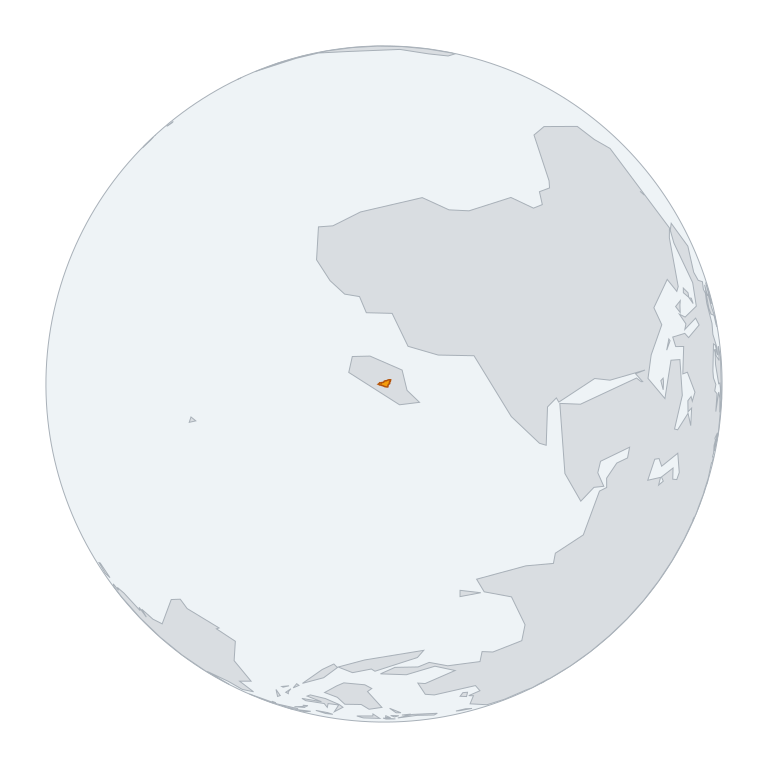 Analamanga highlighted on a globe, orthographic projection, rotated 104°
{"feature_id": "MDG-5862", "entity_name": "Analamanga", "entity_type": "Autonomous Province", "adm_level": 1, "iso_a3": "MDG", "parent_name": "Madagascar", "parent_adm1": "", "projection": "orthographic", "projection_center": [47.602, -18.658], "detail": "fine", "context": "on_globe", "style": "filled", "palette": "amber", "viewbox_px": 768, "rotation_deg": 104, "n_neighbors": 0, "source": "natural_earth", "source_scale": "10m", "svg_char_len": 7217}
<svg xmlns="http://www.w3.org/2000/svg" viewBox="0 0 768 768"><g transform="rotate(104 384 384)"><circle cx="384" cy="384" r="338" fill="#eef3f6" stroke="#a8b0b8"/><path d="M46.4,398.1L46.8,395.5L50.2,401.1L52.9,420.6L55.5,449.5L70.6,501.1L78.7,527.7L89.4,548.3L110.7,582.5L112.1,584.6L97.9,563.9L85.4,542.2L74.5,519.6L65.3,496.3L57.8,472.3L52.2,447.9L48.4,423.1L46.4,398.1ZM121.5,596.8L122.3,597.7L124.2,600.1L121.5,596.8ZM197.7,665.9L198.1,666.2L198.4,666.4L197.7,665.9ZM200.2,667.5L203.8,669.4L212.1,674.7L211.7,674.7L200.2,667.5ZM186.4,657.3L180.2,652.0L181.4,652.5L185.9,656.4L186.4,657.3ZM351.7,47.6L369.2,47.1L362.0,48.1L350.6,48.6L356.6,49.8L358.3,48.8L363.7,48.9L371.1,47.5L375.3,47.6L375.1,46.6L381.0,46.6L381.1,47.2L397.0,46.6L410.7,47.5L412.3,47.4L410.1,47.1L429.0,49.3L429.3,49.2L423.3,48.4L421.4,48.2L434.9,49.9L438.6,50.6L438.5,51.0L441.3,51.5L443.0,51.3L437.7,50.4L461.8,55.2L485.5,61.7L508.7,69.9L531.2,79.8L552.9,91.3L573.7,104.4L593.6,118.9L612.3,134.8L629.8,152.1L630.7,153.6L638.1,161.8L642.8,166.7L646.9,172.7L660.8,190.9L670.3,206.5L673.5,223.1L664.8,221.8L665.9,226.4L658.4,216.7L654.5,222.3L673.5,259.9L675.1,268.9L666.0,278.8L664.7,271.6L644.8,245.7L645.5,266.3L660.7,292.0L666.1,317.3L656.3,304.8L650.3,282.5L643.2,272.8L642.0,254.0L630.1,223.7L619.9,224.1L617.7,213.5L599.7,188.2L583.5,188.9L559.7,208.8L561.4,236.5L551.0,246.9L526.1,202.3L517.1,176.2L506.7,176.8L482.2,154.1L435.8,149.0L430.5,142.9L421.5,145.2L404.4,139.0L396.8,129.8L385.9,130.4L406.6,155.2L418.4,155.1L430.1,146.0L433.5,155.3L450.1,164.7L427.1,186.8L360.3,208.7L356.1,188.5L317.1,140.4L319.5,135.1L319.4,134.5L319.1,133.6L313.2,142.4L307.3,134.1L325.6,165.6L327.7,180.9L359.3,210.0L355.8,213.4L366.7,219.8L404.2,211.8L403.9,218.8L384.8,252.6L334.8,303.5L342.8,338.4L341.6,369.8L313.5,393.2L319.1,418.4L305.1,428.9L306.3,443.9L296.8,461.3L279.8,479.5L247.4,485.6L242.9,471.9L222.8,448.5L193.9,392.0L199.3,363.1L195.4,343.4L172.3,306.0L177.2,281.5L171.6,273.8L159.8,279.7L153.7,270.8L146.9,273.0L106.1,298.7L95.5,291.0L87.3,258.8L95.9,239.0L100.8,221.6L163.5,144.8L173.1,142.5L218.3,122.1L223.3,122.3L214.0,134.5L244.7,140.6L259.3,128.8L291.1,131.8L314.7,129.2L330.2,107.9L291.5,111.3L288.7,102.8L322.9,91.8L357.4,91.2L357.4,88.0L338.9,81.9L350.2,76.3L332.9,79.7L337.4,82.3L326.7,85.1L321.9,83.0L326.1,80.7L316.7,80.3L299.2,92.5L301.9,96.5L275.1,102.3L277.1,110.0L268.6,115.2L262.1,104.4L265.3,99.7L250.5,92.5L244.7,97.6L258.3,105.3L252.6,105.6L244.8,114.3L246.2,108.0L232.9,99.8L211.0,109.0L177.1,136.8L165.6,143.4L158.6,144.2L176.8,122.5L200.7,110.5L207.4,104.2L207.7,99.8L214.9,97.0L218.0,94.2L227.5,90.4L245.9,80.4L256.3,76.9L268.4,69.6L275.4,67.2L266.2,71.9L265.4,74.0L291.9,68.0L298.4,65.8L304.2,61.9L310.7,61.4L312.9,58.5L330.5,55.4L310.8,57.3L317.0,54.5L330.3,51.4L328.8,51.3L307.2,56.4L301.8,58.4L302.8,59.3L284.9,67.0L274.8,70.0L280.1,64.5L266.3,68.8L276.5,64.0L316.9,52.8L351.7,47.6ZM636.6,159.5L636.1,159.0L633.4,155.9L636.6,159.5ZM137.8,177.0L135.1,182.2L137.8,177.0ZM391.5,103.1L413.6,104.8L407.7,93.1L415.7,93.1L410.7,89.5L407.1,92.3L395.6,83.2L406.5,80.8L405.9,76.8L398.4,76.1L380.1,82.2L396.6,94.7L389.8,99.1L391.5,103.1ZM225.4,86.0L227.0,85.7L220.8,89.4L207.7,96.5L216.4,90.9L225.4,86.0ZM230.6,84.6L239.5,78.7L248.1,74.9L241.8,77.9L246.5,75.9L237.6,80.4L237.0,83.7L231.6,87.3L210.2,96.9L220.2,91.3L218.1,91.6L230.6,84.6ZM231.4,116.7L235.7,116.0L243.0,113.9L238.3,119.8L231.4,116.7ZM221.9,111.1L226.1,109.3L223.0,115.6L218.5,116.8L221.9,111.1ZM231.2,103.5L226.6,108.8L226.4,106.6L231.2,103.5ZM270.4,70.5L275.3,69.0L274.8,69.7L270.9,71.7L270.4,70.5ZM322.1,111.7L313.8,116.2L310.8,114.6L314.3,113.3L322.1,111.7ZM272.8,116.9L282.8,117.9L271.4,118.5L272.8,116.9ZM465.3,557.7L468.3,563.7L462.7,563.3L465.3,557.7ZM400.4,363.9L381.3,421.0L365.0,421.4L360.3,404.3L366.1,369.8L384.6,360.1L393.2,345.1L400.4,363.9ZM699.8,403.1L702.6,408.6L702.2,410.0L699.8,403.1ZM697.0,393.6L700.8,398.6L695.9,396.2L697.0,393.6ZM702.2,400.6L705.9,402.4L707.6,401.9L706.9,404.8L702.2,400.6ZM694.2,390.7L675.9,374.8L667.8,364.9L670.4,360.6L683.6,371.5L694.2,390.7ZM669.7,360.0L656.4,335.9L632.8,281.0L641.3,285.4L664.9,323.3L663.6,327.3L671.7,344.7L669.7,360.0ZM699.3,353.5L697.7,367.0L688.4,356.9L683.7,350.7L680.5,329.8L682.4,322.2L686.4,325.6L698.3,307.8L703.2,319.8L700.5,328.5L704.2,344.5L699.3,353.5ZM563.1,239.6L571.9,258.8L565.8,260.3L563.1,239.6ZM700.1,292.7L697.3,300.1L698.9,288.0L700.1,292.7ZM699.3,279.9L700.9,286.6L697.8,278.2L699.3,279.9ZM668.6,234.6L664.4,232.8L662.9,228.4L667.3,228.3L668.6,234.6ZM677.5,220.1L682.8,231.8L683.9,235.1L679.4,226.3L677.5,220.1ZM402.0,46.6L403.2,46.6L399.2,46.4L402.0,46.6ZM626.3,616.1L638.2,603.0L635.1,608.7L626.3,617.3L626.3,616.1ZM654.1,587.1L646.1,597.0L643.4,598.4L648.4,591.7L645.9,593.5L649.8,585.7L662.9,565.8L659.9,567.6L667.7,558.2L661.1,564.6L668.1,551.3L670.4,541.2L644.6,538.3L642.1,529.6L649.5,520.7L660.6,485.0L662.1,487.4L669.6,466.0L688.7,462.5L704.5,441.1L707.3,452.2L714.2,436.1L714.6,447.7L710.2,463.0L705.6,486.1L712.9,461.5L705.4,488.4L695.7,514.6L683.8,539.9L669.9,564.1L654.1,587.1ZM706.5,414.9L711.4,409.3L712.9,411.7L706.5,414.9ZM717.3,439.6L718.3,430.9L719.1,426.8L720.4,414.7L720.0,398.3L719.9,389.2L720.9,389.0L719.3,375.9L721.2,381.5L721.1,398.8L721.8,393.2L721.7,395.9L717.3,439.6ZM719.4,411.7L719.5,413.3L718.9,416.1L719.4,411.7ZM715.7,381.6L715.3,385.1L714.5,380.0L715.7,381.6ZM716.9,382.1L718.8,392.8L716.5,384.8L716.9,382.1ZM706.4,350.3L707.6,360.9L711.5,360.8L708.5,364.7L710.2,383.3L708.9,387.6L707.4,367.8L705.4,383.1L703.5,380.3L703.4,364.8L705.8,350.1L707.6,345.6L714.0,352.9L706.4,350.3ZM717.2,371.2L716.5,359.2L716.9,353.7L717.8,360.9L717.2,371.2ZM712.7,330.1L708.8,314.5L706.8,314.9L709.5,307.2L713.0,323.3L712.7,330.1ZM707.1,301.8L705.4,302.0L706.3,296.8L707.1,301.8ZM704.1,297.4L702.3,289.4L704.5,293.2L704.1,297.4ZM708.4,304.1L706.2,291.9L708.6,300.9L708.4,304.1ZM697.4,271.5L704.7,289.8L697.8,276.7L690.6,252.6L693.1,255.4L697.4,271.5Z" fill="#d9dde1" stroke="#a8b0b8" stroke-width="1"/><path d="M380.0,378.5L380.1,378.8L380.1,379.0L380.5,379.1L380.8,379.1L380.9,379.3L380.9,379.2L381.0,379.2L381.2,378.9L381.3,378.9L381.5,378.9L381.7,378.7L381.8,378.7L382.0,378.6L382.3,378.7L382.5,378.7L382.6,378.8L382.7,379.0L382.8,379.2L383.0,379.3L383.1,379.5L383.4,379.6L383.6,379.6L383.8,379.6L384.0,379.8L384.4,379.8L385.2,379.7L385.4,379.6L385.7,379.5L385.8,379.7L385.8,379.8L386.0,379.9L386.1,380.0L386.1,380.3L386.2,380.5L386.2,380.8L386.2,381.0L386.2,381.5L386.3,381.7L386.3,381.8L386.3,382.0L386.4,382.3L386.2,382.5L386.2,382.8L386.2,383.3L386.2,383.5L386.0,384.1L385.9,384.5L385.9,384.9L385.9,385.1L386.0,385.2L386.0,385.3L386.0,385.5L385.9,385.9L385.9,386.0L385.8,386.3L385.7,386.5L385.7,386.8L385.9,387.1L385.9,387.4L385.9,387.5L385.9,387.8L386.0,387.9L386.0,388.0L385.9,388.3L385.9,388.5L385.7,388.8L385.6,389.0L385.5,389.3L385.5,389.5L384.8,388.9L383.8,388.5L383.8,387.7L383.9,386.9L383.3,386.9L383.0,386.0L382.4,385.0L382.4,384.8L382.2,384.7L381.6,384.5L381.4,384.5L381.3,384.3L381.0,384.2L380.9,383.9L380.8,383.7L380.6,383.5L380.5,383.3L380.3,382.5L379.8,381.9L379.0,380.9L378.5,379.6L378.3,378.6L378.7,378.6L379.0,378.5L379.4,378.5L379.7,378.6L379.8,378.5L380.0,378.5Z" fill="#f59e0b" stroke="#b45309" stroke-width="1.5"/></g></svg>